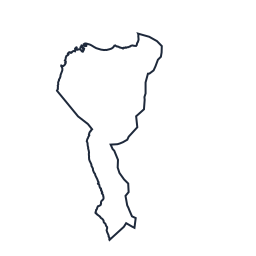 outline of Do'rvoljin, Dzavhan, Mongolia, rotated 66°
{"feature_id": "93677404B7521455207939", "entity_name": "Do'rvoljin", "entity_type": "district", "adm_level": 2, "iso_a3": "MNG", "parent_name": "Mongolia", "parent_adm1": "Dzavhan", "projection": "albers", "projection_center": [94.118, 48.049], "detail": "fine", "context": "isolated", "style": "outline", "palette": "slate", "viewbox_px": 256, "rotation_deg": 66, "n_neighbors": 0, "source": "geoboundaries", "source_scale": "gbopen_adm2", "svg_char_len": 5411}
<svg xmlns="http://www.w3.org/2000/svg" viewBox="0 0 256 256"><g transform="rotate(66 128 128)"><path d="M221.8,162.7L213.4,157.6L210.3,160.3L203.1,160.2L201.6,160.1L200.1,160.1L198.6,160.2L198.0,160.1L189.0,157.9L186.8,153.5L178.8,150.4L173.4,152.5L165.6,154.1L159.9,153.5L153.0,150.1L143.2,149.8L141.0,150.6L136.1,150.6L138.5,144.3L138.8,141.9L138.9,138.4L138.4,133.4L136.2,130.9L131.1,119.2L120.6,115.8L117.4,105.8L109.0,101.3L106.4,100.4L103.6,97.9L93.5,93.4L86.5,87.7L87.0,86.3L85.8,81.2L82.9,77.9L77.8,72.9L76.3,69.0L72.7,66.6L66.9,63.8L60.4,66.2L53.3,71.5L45.9,80.4L46.1,80.4L46.6,80.5L47.3,80.8L48.1,81.0L48.6,81.4L50.0,81.8L50.7,82.1L51.2,82.2L51.5,82.4L51.7,82.6L52.4,83.0L52.7,83.4L53.4,83.9L53.6,84.4L54.1,84.9L54.3,85.3L55.7,86.2L55.9,86.5L56.2,87.1L56.3,87.3L56.2,87.5L55.3,89.2L54.6,90.0L54.3,90.6L54.3,91.0L54.2,91.2L54.2,91.6L54.1,92.0L54.4,92.8L54.2,93.4L54.3,94.0L54.3,94.5L54.3,94.9L54.0,95.6L53.9,96.1L53.9,96.3L54.0,96.7L53.4,97.3L53.5,97.7L53.6,97.9L53.5,98.1L53.4,98.1L53.4,98.5L53.2,98.6L53.0,99.1L52.9,99.3L52.9,99.9L53.3,100.3L53.2,100.4L53.1,100.5L52.7,100.6L52.6,100.8L52.2,101.3L52.0,101.7L51.3,102.3L51.2,102.6L50.9,103.0L50.6,103.2L50.3,103.3L50.0,103.5L49.6,104.0L49.5,104.3L49.1,104.6L49.0,105.0L48.6,105.4L48.0,105.7L47.7,106.0L47.3,106.1L46.9,106.4L47.2,106.3L47.2,106.7L47.2,106.9L47.5,107.2L47.9,108.1L48.3,108.7L48.7,110.5L48.7,110.9L48.7,111.3L48.5,113.0L48.3,114.1L48.1,115.3L48.0,115.9L47.6,116.6L47.0,118.3L46.7,118.7L45.4,120.8L42.1,124.6L41.1,125.3L40.8,125.6L37.6,127.8L36.3,128.9L34.1,131.5L33.6,132.2L33.3,133.0L33.3,133.4L33.3,133.6L33.4,134.0L33.9,133.8L33.9,133.6L33.8,133.2L34.2,132.9L34.5,132.2L35.8,132.5L36.0,132.6L36.1,132.8L35.8,133.7L35.4,134.3L34.4,135.3L34.4,135.5L34.5,135.9L34.6,136.2L33.7,136.7L33.7,136.8L33.7,137.0L34.0,137.2L34.6,137.7L34.7,137.9L34.9,138.6L35.1,138.7L35.3,138.6L35.2,138.2L35.3,137.9L35.6,137.5L35.6,137.3L36.0,136.8L36.2,136.7L36.3,136.8L36.6,136.8L36.7,136.2L36.8,136.1L37.0,136.0L37.1,136.3L37.4,136.3L37.7,136.1L37.8,136.3L38.0,136.6L38.4,136.5L38.5,136.7L38.4,137.1L38.5,137.3L38.7,137.0L38.9,136.9L39.0,137.0L39.5,137.8L39.9,138.1L39.9,138.3L39.7,138.5L39.4,138.6L39.1,139.0L38.7,138.8L38.4,138.9L38.2,139.1L37.9,139.2L36.8,139.8L36.5,140.2L36.3,140.3L36.1,140.8L36.1,141.2L35.9,142.5L35.6,142.7L35.6,142.9L35.6,143.0L35.4,143.1L34.8,142.9L34.0,142.2L33.5,142.2L33.4,142.2L33.3,142.3L33.3,142.6L33.4,142.8L34.2,143.6L34.0,143.8L33.9,144.0L34.0,144.1L34.4,144.1L35.2,144.5L35.5,144.7L35.5,144.8L36.2,145.0L36.4,145.2L36.2,145.4L35.6,145.3L35.6,146.3L35.5,146.8L35.6,147.7L35.8,148.2L35.9,148.3L36.0,148.5L35.8,148.7L35.8,148.9L35.7,149.2L35.7,149.4L36.1,149.3L36.2,149.5L36.0,149.8L35.6,149.8L35.3,150.1L34.9,150.7L34.9,151.2L35.1,151.6L35.3,151.9L35.4,152.5L35.5,152.6L35.8,152.4L36.2,152.2L36.5,152.3L36.8,152.9L36.7,153.3L37.0,153.6L37.0,154.0L37.1,154.4L37.2,155.1L37.7,155.5L38.2,156.1L38.5,156.2L38.8,156.5L39.3,156.7L39.8,157.1L40.8,158.3L41.0,158.2L41.4,157.8L42.0,157.8L42.4,157.9L42.9,158.9L43.0,158.9L43.2,158.6L43.3,158.6L43.4,158.8L43.7,158.9L44.0,159.4L44.4,159.8L44.8,160.9L44.9,161.3L45.0,161.6L45.1,162.1L45.0,162.3L44.7,162.6L44.8,162.8L44.5,163.1L44.3,163.1L43.8,163.5L44.0,163.7L44.5,163.6L44.7,163.8L45.2,163.6L47.0,163.8L47.7,164.1L48.5,164.5L49.2,165.1L50.6,166.5L51.8,167.7L52.4,168.2L53.2,168.6L54.4,169.6L55.1,170.5L55.7,171.4L56.5,171.7L56.7,171.9L56.9,172.3L58.0,173.3L59.5,173.9L60.0,174.1L60.3,174.5L60.8,175.0L61.9,175.2L62.5,175.7L63.0,175.8L63.3,176.1L63.7,176.1L63.9,176.2L64.3,176.7L64.9,177.7L65.1,177.7L97.1,168.9L108.1,163.0L114.6,161.3L114.7,161.5L114.8,162.2L115.2,162.6L115.3,163.1L115.8,163.5L115.9,164.1L116.4,164.9L118.1,166.4L118.6,166.3L118.7,166.5L119.1,166.5L120.0,167.9L120.8,168.5L121.1,169.1L122.1,170.1L123.4,171.1L123.7,171.1L124.3,171.0L125.6,171.2L127.1,171.8L127.9,172.0L128.8,172.2L129.4,172.2L130.3,172.7L131.2,172.8L131.8,173.0L132.4,173.0L134.6,173.6L135.0,173.8L135.3,174.1L136.1,174.4L136.6,174.7L137.1,174.8L138.3,175.2L138.8,175.5L139.1,175.6L139.5,175.8L140.0,175.9L140.6,176.2L142.4,176.4L144.7,176.3L146.1,176.3L146.8,176.4L147.8,176.8L149.8,176.6L150.9,176.6L152.2,177.1L154.9,177.2L156.5,176.8L158.1,177.1L162.3,176.9L164.9,177.1L165.3,176.9L165.8,177.0L166.1,177.2L166.1,177.5L166.3,177.8L166.6,178.1L167.1,178.0L167.3,177.8L167.3,177.5L167.7,177.4L168.6,177.4L169.3,177.7L171.0,177.9L171.8,177.7L172.0,177.4L172.3,177.3L172.9,177.7L173.1,177.7L173.5,177.6L173.8,177.9L174.2,178.1L174.5,178.0L175.1,177.6L176.4,177.8L176.5,177.8L176.5,178.2L176.8,178.4L177.3,178.4L178.4,178.1L179.2,178.0L180.3,178.4L181.0,178.4L182.4,179.0L183.1,179.7L183.2,179.9L183.3,180.2L183.7,181.4L183.9,181.9L184.6,182.7L185.4,183.2L186.0,183.3L187.0,184.1L187.2,184.4L187.3,184.9L187.4,186.3L187.3,187.1L187.3,187.4L188.5,188.7L189.1,189.1L189.4,189.4L189.9,190.5L190.0,190.6L190.4,190.6L190.6,190.8L191.6,191.8L192.2,192.2L192.6,192.2L193.1,191.6L193.8,191.7L194.2,191.4L194.6,191.3L195.6,190.7L197.4,189.7L197.8,189.5L198.3,189.6L199.4,189.2L200.1,188.7L200.7,188.4L201.3,188.2L202.5,188.0L203.1,188.1L203.8,188.4L204.3,188.4L204.8,188.3L206.0,187.7L206.3,187.6L208.5,187.8L210.1,187.4L211.2,187.9L212.4,188.9L212.9,189.2L214.2,189.3L214.6,189.4L215.6,189.4L218.2,189.4L219.3,189.9L219.5,189.9L220.0,189.7L221.0,189.7L221.3,189.9L221.9,190.3L222.4,190.4L222.7,190.4L216.6,172.0L214.2,168.4L219.7,164.4L221.8,162.7Z" fill="none" stroke="#1e293b" stroke-width="2"/></g></svg>